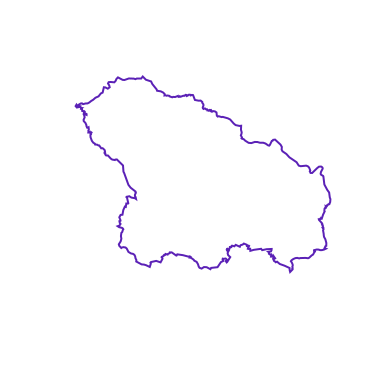 Boiu Mare, Maramures, Romania, rotated 31°
{"feature_id": "2599482B25280106664114", "entity_name": "Boiu Mare", "entity_type": "district", "adm_level": 2, "iso_a3": "ROU", "parent_name": "Romania", "parent_adm1": "Maramures", "projection": "natural_earth1", "projection_center": [23.582, 47.399], "detail": "fine", "context": "isolated", "style": "outline", "palette": "violet", "viewbox_px": 384, "rotation_deg": 31, "n_neighbors": 0, "source": "geoboundaries", "source_scale": "gbopen_adm2", "svg_char_len": 6052}
<svg xmlns="http://www.w3.org/2000/svg" viewBox="0 0 384 384"><g transform="rotate(31 192 192)"><path d="M317.3,210.0L318.1,206.6L317.4,206.0L317.5,205.4L316.5,204.4L316.3,203.3L315.6,202.3L313.8,201.0L312.4,200.4L312.5,199.2L313.4,197.2L314.7,195.4L316.1,194.3L318.1,193.7L318.8,192.9L323.3,190.0L325.6,189.0L326.3,188.0L327.2,184.8L328.0,183.2L327.8,180.3L328.1,179.7L327.4,179.1L326.8,179.4L326.6,179.0L328.6,177.0L330.3,176.1L331.6,175.9L333.2,175.0L334.8,173.4L336.0,171.6L334.5,171.8L334.3,169.6L334.8,169.0L333.4,166.5L330.6,163.8L328.5,162.6L327.6,161.7L326.3,159.9L324.1,157.4L323.9,156.2L322.4,155.4L322.9,154.9L321.1,153.5L321.9,153.4L320.3,152.8L320.1,152.2L319.5,151.8L315.2,150.5L314.7,150.0L316.2,148.8L316.0,148.4L316.5,148.2L316.3,147.8L316.9,147.8L316.0,143.8L315.7,140.3L315.2,140.1L314.2,138.0L314.3,136.9L314.7,137.0L314.9,136.6L314.2,135.7L314.7,135.8L314.9,134.9L314.9,134.6L314.4,135.0L314.4,134.1L315.2,132.9L315.2,132.2L316.0,131.7L315.6,129.4L314.3,126.8L313.0,125.8L309.8,121.8L306.8,120.5L301.6,117.4L296.6,111.0L296.1,110.7L293.7,110.7L292.9,110.2L292.2,108.3L292.0,104.7L291.3,103.9L290.6,103.7L289.5,103.7L287.8,104.9L287.0,107.0L285.2,113.8L283.8,114.6L282.3,113.6L282.3,112.7L281.5,112.0L279.7,110.7L278.1,110.3L276.3,110.6L271.9,113.9L269.9,114.4L266.3,112.6L257.6,112.1L253.3,110.8L248.6,110.5L247.0,109.5L245.8,107.1L243.5,105.8L236.2,104.3L234.7,105.5L234.7,106.6L234.1,107.1L234.5,111.5L234.3,112.5L233.3,112.8L230.0,112.6L227.6,113.1L224.8,114.8L222.2,115.5L220.0,116.8L217.7,119.5L215.2,120.7L211.2,120.6L209.0,120.1L207.4,120.6L206.8,120.5L206.8,119.5L204.7,118.3L204.5,116.8L203.9,115.3L201.9,113.4L200.0,109.9L198.7,110.9L194.9,112.2L192.4,111.8L187.4,110.2L184.7,110.4L179.6,111.8L178.9,112.5L175.8,113.3L175.2,114.1L174.0,113.8L172.0,111.2L170.1,111.1L168.4,111.8L167.9,112.8L167.3,113.1L166.3,113.0L166.9,112.4L166.0,111.9L165.3,112.6L164.9,112.5L164.6,112.9L164.9,113.3L164.1,113.5L164.0,113.9L163.1,113.7L162.9,114.0L162.2,113.4L161.4,113.9L160.0,113.7L159.1,114.9L158.2,114.6L157.6,113.9L157.3,112.0L156.6,111.0L154.8,110.2L154.4,109.5L152.3,109.2L150.7,110.3L147.1,111.6L143.0,108.4L142.2,108.7L141.2,109.8L140.9,109.4L139.3,110.1L138.8,111.3L138.0,111.5L138.0,112.2L138.2,112.3L138.1,112.5L137.7,112.4L137.6,111.7L136.6,111.9L135.7,113.7L135.0,113.9L133.2,116.2L132.3,116.2L132.3,116.8L131.7,117.2L132.1,117.5L130.6,117.3L130.4,117.0L128.6,119.3L126.8,120.2L126.3,121.0L123.6,121.6L123.3,121.3L122.9,121.3L121.3,121.9L120.6,122.6L119.3,122.8L118.7,123.4L118.1,122.1L116.1,121.6L113.4,121.8L109.9,123.2L108.9,122.3L102.4,119.9L100.0,118.3L94.7,119.5L90.3,118.4L90.0,120.9L86.3,123.1L85.4,124.4L83.7,124.8L79.4,127.2L76.4,130.8L74.8,131.6L69.5,131.9L69.0,134.0L69.3,136.2L68.9,138.0L65.4,139.7L64.0,140.8L64.1,142.2L66.2,143.3L67.5,144.6L66.6,146.8L63.8,147.0L62.5,147.6L64.2,152.8L63.1,154.5L62.6,158.2L60.7,160.9L59.8,163.8L58.7,165.9L57.9,168.1L56.9,169.8L55.1,171.0L53.4,172.8L52.0,172.7L51.0,173.5L50.0,175.4L50.6,175.9L49.9,176.9L48.8,177.0L48.0,176.6L48.0,178.3L49.8,178.9L51.9,176.9L52.3,176.2L52.6,176.7L53.2,177.0L54.2,176.7L53.8,177.4L54.0,177.9L54.9,177.4L56.2,179.1L58.0,178.2L58.9,178.5L59.3,179.3L58.6,180.0L59.0,180.9L60.8,180.1L61.1,179.5L61.5,179.5L61.9,180.2L60.9,180.3L59.9,181.7L61.5,183.2L61.9,186.0L62.7,187.0L65.1,187.7L67.1,189.1L67.4,189.7L69.0,190.9L69.6,190.6L70.0,189.8L71.4,191.6L71.6,192.9L72.3,193.4L72.3,194.2L72.5,194.4L73.5,193.0L74.2,193.7L75.0,192.7L75.3,192.8L75.1,194.1L75.7,194.6L75.5,195.3L75.7,195.7L76.8,197.3L79.8,199.7L82.0,200.6L83.9,200.6L84.5,201.2L86.3,200.3L87.9,200.3L88.5,199.9L91.7,201.3L92.8,200.5L93.7,200.6L95.6,201.1L96.6,202.1L96.6,202.8L97.1,203.0L97.0,203.6L98.0,203.8L98.3,204.5L99.5,204.9L101.2,204.0L105.2,205.2L106.9,205.3L109.5,204.3L109.6,203.7L110.8,202.8L119.2,204.8L122.8,209.9L124.1,210.7L133.8,218.6L137.1,219.9L143.4,220.7L143.7,221.4L144.3,221.6L144.5,223.7L145.2,224.9L146.3,225.4L147.6,226.8L146.3,226.7L142.9,228.0L140.5,227.9L138.4,229.8L138.4,230.1L139.2,230.3L143.2,234.5L143.1,234.9L141.6,235.7L142.9,238.8L142.2,238.9L142.3,239.3L142.0,239.4L142.4,242.8L144.1,247.3L142.6,248.4L142.7,251.1L145.3,253.1L145.5,253.6L144.8,254.4L146.1,255.8L147.2,256.2L147.1,258.1L145.9,259.6L147.6,259.7L150.5,258.8L151.6,258.9L152.3,259.3L152.2,259.9L152.8,262.2L152.5,263.4L153.8,266.4L155.5,268.4L156.3,271.1L156.2,274.5L157.4,275.6L160.2,276.4L160.4,275.8L161.6,274.6L163.6,273.8L165.2,274.1L168.4,276.1L171.4,276.1L173.3,275.4L174.9,275.5L176.4,276.4L177.7,277.9L179.4,279.0L180.0,280.3L186.1,280.0L188.3,278.9L190.4,278.4L194.4,278.0L193.6,274.6L192.8,274.0L192.9,273.2L196.8,269.5L201.3,268.5L201.1,264.4L200.6,263.9L199.5,263.5L199.5,263.2L200.6,261.3L200.4,260.7L200.6,260.1L201.2,260.0L201.5,259.5L201.3,258.7L203.3,258.2L203.2,257.6L204.4,255.9L204.1,255.2L205.7,254.2L211.3,254.6L211.5,254.4L211.5,253.0L216.8,250.8L222.0,249.3L223.2,248.3L224.3,248.4L224.1,249.3L224.9,249.0L226.4,249.0L228.3,249.2L229.4,249.7L231.9,249.5L234.3,250.8L236.2,252.5L237.5,253.1L239.7,252.7L240.9,250.2L243.3,248.9L247.5,248.7L247.5,247.2L252.6,243.3L252.9,237.2L254.4,234.9L252.9,234.0L252.7,233.3L253.7,232.9L254.9,231.8L255.5,231.7L256.9,232.1L257.0,232.6L256.5,233.6L256.7,233.9L258.0,234.5L258.2,233.9L258.3,228.1L255.5,227.5L254.2,226.3L253.8,225.3L253.7,223.6L252.8,224.2L252.4,224.2L251.5,223.6L251.3,222.7L251.7,222.3L253.3,222.9L253.3,220.9L252.8,219.7L254.1,219.0L253.7,217.9L253.9,217.4L256.3,216.7L256.7,214.8L261.2,214.3L261.0,213.1L261.2,212.4L262.5,211.0L263.0,209.5L266.2,209.0L266.9,210.1L267.5,210.1L268.1,209.8L268.3,208.8L268.7,208.8L269.1,211.9L269.6,211.8L271.1,210.7L272.3,212.4L274.7,209.8L280.5,205.1L282.1,205.7L285.3,202.7L289.6,199.8L290.1,200.8L290.3,202.2L288.2,204.0L288.9,204.1L289.5,204.5L289.7,205.3L290.1,205.4L291.1,205.4L291.9,204.7L292.5,205.4L293.0,206.7L294.3,205.9L294.2,204.6L297.1,205.9L297.4,206.0L297.2,206.5L295.9,206.8L295.9,207.5L298.0,208.9L298.9,208.8L300.0,209.1L300.8,207.9L304.3,208.5L309.3,207.5L314.8,206.9L315.9,208.6L317.3,210.0Z" fill="none" stroke="#5b21b6" stroke-width="2"/></g></svg>